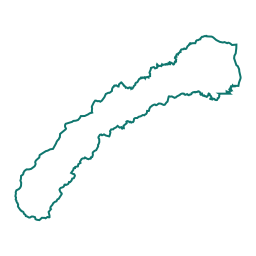 Arenal, Bolívar, Colombia (Robinson projection)
{"feature_id": "7082276B96052699629783", "entity_name": "Arenal", "entity_type": "district", "adm_level": 2, "iso_a3": "COL", "parent_name": "Colombia", "parent_adm1": "Bolívar", "projection": "robinson", "projection_center": [-74.071, 8.321], "detail": "fine", "context": "isolated", "style": "outline", "palette": "teal", "viewbox_px": 256, "rotation_deg": 0, "n_neighbors": 0, "source": "geoboundaries", "source_scale": "gbopen_adm2", "svg_char_len": 5696}
<svg xmlns="http://www.w3.org/2000/svg" viewBox="0 0 256 256"><path d="M236.4,44.6L232.0,45.0L230.3,43.5L228.8,42.8L228.2,42.7L227.2,43.2L224.5,42.1L222.9,42.5L219.9,41.9L216.2,40.0L213.2,37.4L211.7,36.6L207.0,36.4L206.6,35.9L206.3,35.9L206.2,36.2L204.4,36.1L202.9,36.8L202.0,36.8L200.5,38.4L200.3,39.3L199.4,39.4L198.3,40.1L197.0,40.2L196.2,40.8L195.3,43.2L192.6,43.2L190.8,43.8L190.6,43.2L190.1,43.2L189.7,44.4L189.0,44.5L188.9,45.1L187.5,46.3L186.3,48.7L185.3,49.0L184.2,48.5L183.6,49.2L181.9,49.3L181.2,49.6L180.3,51.1L180.6,51.7L180.6,52.0L179.7,52.2L179.2,52.9L178.5,53.1L178.1,54.4L177.5,54.1L176.7,54.3L176.4,55.4L176.4,56.7L175.7,56.4L175.2,57.0L174.9,58.0L176.2,59.5L176.0,60.2L176.1,61.4L175.7,62.0L174.9,61.7L174.1,64.0L173.6,64.5L173.2,64.4L172.6,63.6L171.2,62.7L169.7,62.2L169.4,63.4L170.1,63.7L170.1,64.2L169.0,64.1L168.3,63.4L167.9,64.4L167.6,64.5L166.4,63.9L166.0,64.0L165.7,64.7L164.9,64.4L163.7,64.8L162.9,64.6L162.5,65.0L162.0,64.4L161.2,66.1L160.3,65.8L158.6,66.0L157.1,64.3L156.9,64.9L157.3,65.4L157.4,66.0L157.1,66.8L157.3,67.5L157.0,67.8L155.1,68.4L154.2,67.2L153.6,67.1L151.0,67.9L150.7,69.6L149.5,72.5L149.5,72.9L150.1,73.5L150.1,76.2L148.2,76.8L148.3,77.5L147.0,77.0L145.6,77.6L145.3,78.2L144.9,77.2L144.4,77.2L144.0,77.9L142.6,77.5L142.1,78.0L140.4,77.1L141.0,77.9L140.5,78.2L140.6,78.5L139.2,79.0L137.4,82.1L136.6,82.6L136.2,82.6L135.6,83.1L135.3,83.7L135.3,84.8L133.8,86.1L133.6,86.7L132.4,88.6L131.7,88.5L131.2,88.9L130.8,87.6L130.2,87.9L129.3,87.4L128.0,88.3L126.4,87.4L125.7,87.7L125.3,86.8L124.1,85.5L123.8,85.6L123.2,84.5L121.4,82.4L121.0,82.5L120.5,83.3L119.8,83.5L119.0,84.4L118.6,86.5L118.0,86.5L116.1,85.3L115.4,85.7L114.5,85.5L114.1,85.7L113.8,86.7L112.9,87.2L112.1,88.9L111.9,91.0L109.6,92.8L108.3,92.8L105.8,94.0L104.4,97.2L101.8,100.7L100.3,101.7L99.3,101.1L97.4,101.2L96.3,100.7L95.2,100.6L93.9,102.3L91.9,106.4L91.8,107.1L92.1,108.2L91.8,111.5L92.2,112.6L89.7,113.3L88.1,114.4L84.7,116.0L80.8,116.1L79.9,117.9L78.0,120.0L75.7,120.7L73.4,120.9L72.0,121.9L65.7,123.8L65.2,124.6L65.0,126.1L65.2,127.1L66.0,128.5L65.7,129.3L60.1,133.9L59.8,137.4L59.1,138.3L58.7,139.4L57.6,140.3L56.5,142.1L56.1,143.3L53.0,148.9L50.2,149.3L47.6,150.7L45.9,151.1L39.9,154.9L39.6,155.2L39.3,157.5L36.3,160.1L35.5,161.2L35.2,162.2L35.6,163.8L35.5,164.5L34.6,166.3L31.1,168.9L29.0,169.4L26.5,169.4L24.5,170.9L23.3,173.0L23.4,173.7L22.8,174.7L21.1,175.8L20.9,179.0L20.4,180.5L21.2,182.8L21.0,185.9L20.2,187.7L18.8,189.1L16.4,190.3L15.7,192.2L15.9,193.5L15.4,196.2L15.5,196.7L16.0,197.3L16.0,197.8L15.7,199.6L16.4,200.5L16.3,201.0L17.1,202.8L17.5,203.0L18.2,204.9L17.9,206.1L18.2,206.9L20.5,210.2L21.3,210.6L21.5,211.2L22.6,211.5L23.4,212.1L24.0,213.8L25.4,214.8L25.8,216.1L27.0,216.4L28.9,217.5L30.0,217.5L31.7,216.5L32.9,216.5L35.0,217.2L35.5,219.2L37.0,219.8L39.4,220.1L41.9,217.8L44.7,217.9L45.6,218.3L47.4,217.0L49.1,217.4L49.5,217.2L49.5,215.6L48.6,212.0L51.0,209.1L50.3,208.2L50.7,206.8L52.5,204.7L53.2,203.2L54.8,201.9L56.4,201.3L57.4,199.4L58.7,198.8L61.7,194.1L61.7,193.4L60.6,192.3L59.7,190.4L59.5,189.8L59.9,188.8L60.7,187.9L62.9,187.2L63.8,186.5L64.5,184.7L65.1,184.5L65.8,185.0L66.2,184.9L68.0,184.1L68.5,183.5L69.0,182.0L70.1,182.1L71.5,180.6L72.2,178.6L73.8,178.2L74.8,176.1L74.9,175.5L74.5,174.8L74.2,174.2L72.7,173.8L71.1,172.9L73.2,170.0L73.7,168.2L75.0,168.1L75.0,167.2L75.3,166.9L77.9,166.4L78.3,164.2L80.5,162.9L80.0,161.6L81.6,159.0L82.8,158.4L84.5,158.3L85.0,157.5L87.2,158.8L88.5,159.2L89.7,158.6L90.6,158.7L90.9,158.4L91.0,157.3L92.2,157.0L92.9,154.9L92.7,153.3L92.8,152.4L94.5,150.9L96.2,150.1L98.2,146.3L98.0,145.0L98.6,144.1L99.3,142.1L99.2,139.1L98.5,138.0L98.4,137.2L99.9,134.8L101.2,134.5L101.8,135.2L102.3,135.2L104.0,134.4L105.8,135.5L109.2,136.4L109.5,136.0L110.4,132.6L110.0,131.2L111.2,129.4L113.3,129.3L113.8,128.5L115.9,127.5L117.6,125.9L119.6,127.6L121.5,127.1L121.8,127.5L121.9,128.5L122.2,128.7L122.7,128.5L123.1,127.6L123.8,127.9L123.6,125.7L126.7,123.2L126.7,122.4L126.3,121.8L126.6,121.4L127.3,121.1L128.7,121.4L129.4,122.2L130.5,121.8L131.2,122.6L132.2,122.1L133.0,122.1L133.6,121.3L134.1,118.8L134.6,118.3L135.7,118.0L137.3,118.0L138.6,116.8L140.7,116.3L142.9,115.0L144.4,115.3L145.1,114.5L146.1,114.0L146.6,113.3L146.9,112.6L147.1,110.9L148.7,111.0L149.0,110.8L149.4,108.7L150.5,106.8L151.5,106.4L152.0,105.7L153.7,104.8L154.9,104.5L155.7,105.1L156.6,105.1L158.8,103.5L159.4,103.5L161.0,103.7L163.5,104.9L164.7,104.8L166.5,102.4L167.5,101.6L168.7,96.6L169.0,96.3L170.4,96.6L171.8,96.4L174.5,97.8L175.0,97.5L175.7,97.5L176.8,96.5L180.0,94.8L180.5,94.2L182.2,93.5L183.4,93.8L183.8,93.6L184.4,94.1L184.6,94.6L185.5,94.8L187.1,94.1L187.6,94.7L188.8,95.2L189.3,94.6L190.0,94.7L191.3,94.2L191.5,93.3L193.0,92.3L194.6,92.0L195.1,92.4L196.0,91.9L196.9,92.1L197.7,91.5L198.7,91.3L199.1,91.9L200.4,92.5L200.7,93.4L200.3,94.0L200.7,94.7L201.0,94.8L202.1,93.9L202.4,94.9L203.2,95.8L204.1,95.4L204.6,96.1L205.7,96.1L206.4,96.9L206.8,96.9L208.2,95.4L208.4,94.0L208.8,93.5L209.6,94.0L210.1,95.5L210.7,95.8L211.6,97.5L211.4,97.9L210.3,98.6L210.3,99.0L212.5,99.5L213.0,98.7L213.4,98.7L214.4,98.9L215.1,99.8L216.1,100.1L217.0,100.0L217.7,98.8L217.7,98.2L218.6,97.9L219.3,96.5L219.1,95.7L219.7,94.0L219.2,93.7L229.8,93.7L227.8,92.3L227.0,92.3L226.6,91.9L226.6,91.5L227.1,91.8L227.9,91.7L228.7,92.6L229.7,92.4L229.5,91.5L230.3,90.8L230.9,90.8L230.7,90.0L231.4,90.1L231.0,89.5L229.9,89.9L229.4,89.3L229.9,88.9L230.6,89.1L230.9,88.9L230.6,88.2L230.9,88.1L231.0,87.7L230.6,87.4L231.1,86.2L232.4,86.4L232.7,85.5L233.3,86.3L234.0,86.4L234.9,86.3L234.8,85.8L238.4,85.9L239.0,82.6L240.5,78.5L240.6,77.2L239.3,71.5L239.1,69.2L237.8,66.2L236.4,65.2L234.1,58.3L234.4,55.8L235.7,53.4L236.3,48.2L236.4,44.6Z" fill="none" stroke="#0f766e" stroke-width="2"/></svg>